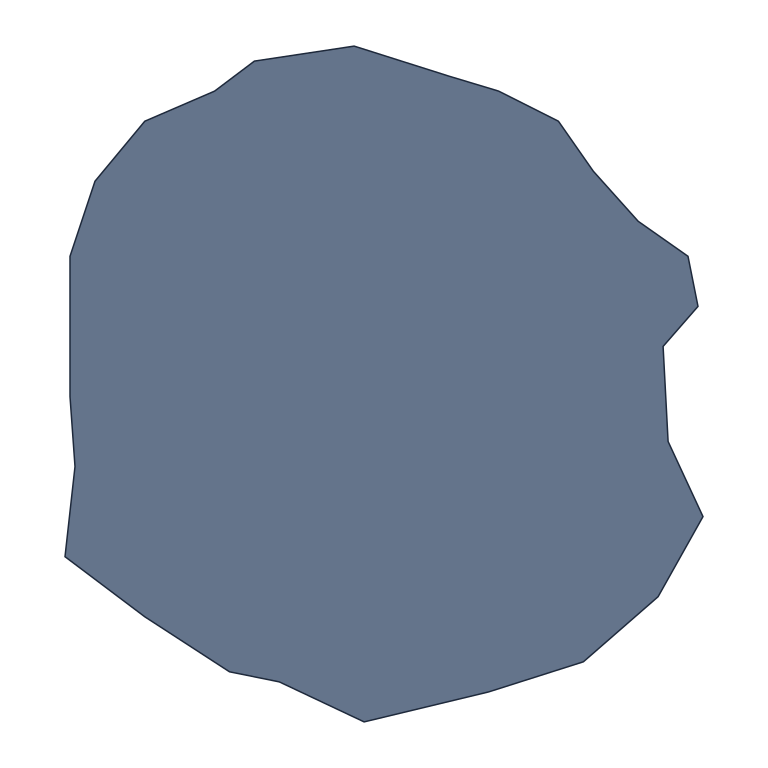 Trimithi, Cyprus (orthographic projection)
{"feature_id": "46923920B99382767312259", "entity_name": "Trimithi", "entity_type": "district", "adm_level": 2, "iso_a3": "CYP", "parent_name": "Cyprus", "parent_adm1": "", "projection": "orthographic", "projection_center": [33.257, 35.336], "detail": "fine", "context": "isolated", "style": "filled", "palette": "slate", "viewbox_px": 768, "rotation_deg": 0, "n_neighbors": 0, "source": "geoboundaries", "source_scale": "gbopen_adm2", "svg_char_len": 445}
<svg xmlns="http://www.w3.org/2000/svg" viewBox="0 0 768 768"><path d="M65.0,556.7L144.8,616.8L229.5,671.8L279.3,681.9L364.1,721.9L488.7,691.9L583.4,661.8L658.1,596.7L703.0,516.6L668.1,441.5L663.1,346.4L698.0,306.4L688.0,256.3L638.2,221.3L593.3,171.2L558.4,121.2L498.6,91.1L448.8,76.1L354.1,46.1L254.4,61.1L214.6,91.1L144.8,121.2L95.0,181.2L70.0,256.3L70.0,396.5L75.0,466.6L65.0,556.7Z" fill="#64748b" stroke="#1e293b" stroke-width="1.5"/></svg>